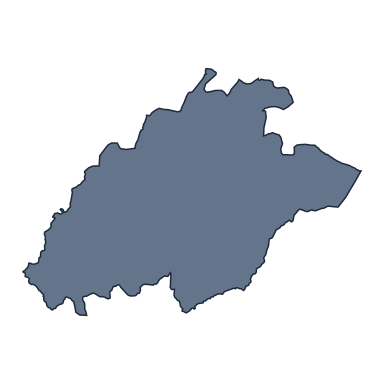 Irumu, Orientale, Democratic Republic of the Congo (Albers equal-area conic projection)
{"feature_id": "63176286B75372177576839", "entity_name": "Irumu", "entity_type": "district", "adm_level": 2, "iso_a3": "COD", "parent_name": "Democratic Republic of the Congo", "parent_adm1": "Orientale", "projection": "albers", "projection_center": [29.863, 1.267], "detail": "fine", "context": "isolated", "style": "filled", "palette": "slate", "viewbox_px": 384, "rotation_deg": 0, "n_neighbors": 0, "source": "geoboundaries", "source_scale": "gbopen_adm2", "svg_char_len": 5778}
<svg xmlns="http://www.w3.org/2000/svg" viewBox="0 0 384 384"><path d="M283.4,109.5L288.0,106.9L293.2,102.3L291.2,96.1L289.1,93.6L288.3,90.1L286.9,88.8L284.4,87.4L281.2,87.6L278.2,88.0L276.1,87.8L273.6,86.1L272.7,82.0L269.8,80.4L267.2,80.2L263.9,80.0L262.9,79.7L261.3,79.2L260.3,80.0L259.1,80.4L258.5,79.9L258.4,78.5L254.6,80.9L252.2,82.8L249.8,83.8L247.4,84.0L243.5,82.8L241.9,81.4L239.0,79.5L237.9,81.8L231.1,89.6L229.6,93.1L227.1,95.8L224.0,92.0L221.5,90.4L215.7,90.4L210.2,91.7L206.4,92.3L203.9,89.4L205.7,83.8L216.0,74.6L216.1,72.5L213.9,71.1L211.5,69.2L206.2,68.6L205.6,69.6L205.5,72.8L206.2,74.1L206.0,74.3L204.6,74.6L204.2,76.4L202.4,79.2L202.0,79.8L192.8,91.4L191.5,92.3L189.3,92.4L189.0,92.6L188.3,93.2L186.1,97.0L185.7,98.9L184.9,100.1L184.7,101.3L183.1,104.6L181.5,108.1L180.9,110.7L178.0,111.9L173.4,110.9L167.7,109.6L164.1,109.5L159.2,108.3L155.8,110.0L152.1,112.6L150.0,115.4L149.0,115.7L146.6,115.2L146.6,116.8L146.5,117.3L144.6,122.9L143.4,124.4L143.7,125.5L142.7,127.2L143.0,129.0L142.6,129.5L141.0,130.2L140.9,131.4L140.1,131.9L138.0,139.6L136.0,143.4L135.1,146.4L135.1,147.5L135.3,148.2L127.7,149.3L124.6,149.4L123.8,148.9L122.1,149.1L120.4,148.3L119.7,147.7L117.3,143.1L111.6,143.0L109.2,144.3L108.3,144.8L106.7,146.6L99.8,155.7L99.1,165.9L92.7,166.1L88.9,167.7L84.6,171.4L84.5,172.1L85.5,174.1L84.5,176.8L84.9,179.5L82.0,182.2L80.4,184.4L78.6,185.1L76.2,187.1L73.9,188.0L72.3,188.7L72.0,189.5L71.8,190.1L72.4,192.3L70.9,201.2L70.8,201.4L70.4,202.4L70.1,204.9L70.1,205.1L70.5,206.8L68.0,209.3L67.0,211.3L64.2,212.4L63.9,211.7L63.1,209.7L62.1,208.9L60.7,208.9L60.2,209.6L62.8,212.4L62.2,213.2L60.2,214.2L57.7,212.9L54.7,213.6L52.8,216.7L52.9,217.4L54.7,217.6L55.1,218.2L52.3,221.9L51.1,223.2L50.8,224.5L51.2,226.2L50.2,228.1L48.4,229.8L44.7,232.1L44.4,233.6L44.3,233.8L45.4,237.1L45.1,239.7L45.2,240.0L45.7,241.3L45.4,243.9L44.5,245.5L44.8,249.4L44.8,249.6L44.2,250.4L42.5,250.7L41.2,251.5L40.7,253.0L40.6,254.8L40.5,256.7L39.0,257.9L38.8,260.3L38.5,262.1L38.1,262.7L35.2,264.0L32.1,264.1L29.7,263.0L29.0,263.2L28.7,263.7L28.3,266.4L25.2,270.1L24.9,270.5L24.0,270.8L23.0,271.8L23.3,272.2L25.0,272.9L25.5,274.2L25.1,275.9L25.3,276.6L27.9,277.4L28.9,278.2L29.3,279.3L28.7,281.1L29.1,282.9L31.1,284.4L33.3,284.4L35.2,285.4L36.8,287.0L37.5,288.1L39.1,290.6L40.7,291.3L41.5,292.9L43.3,294.2L43.6,294.8L43.1,296.2L44.1,297.3L43.6,298.9L44.1,300.9L46.1,302.4L47.0,305.9L48.4,307.6L50.4,308.2L51.1,309.5L52.6,309.9L53.9,308.6L55.5,308.4L56.6,306.5L59.1,304.7L62.3,303.7L63.0,302.9L63.6,300.3L64.8,299.1L65.6,297.4L66.4,296.9L70.9,298.8L72.4,300.9L73.6,301.6L75.0,307.2L75.8,312.2L79.7,315.0L82.7,315.1L86.7,315.4L85.8,311.7L85.6,310.9L84.7,309.1L84.8,305.8L84.5,302.8L82.8,300.3L82.6,298.5L83.1,296.7L84.6,296.4L86.9,296.1L89.5,294.6L92.7,293.2L94.4,293.5L95.9,294.2L99.4,296.5L100.7,296.8L103.1,296.7L105.1,297.4L106.6,298.4L107.9,298.7L109.0,298.7L110.1,298.0L110.2,296.1L109.8,293.5L110.1,291.4L111.8,290.3L112.5,287.9L113.6,286.4L115.6,286.3L118.3,284.7L119.5,285.1L120.8,287.3L125.9,292.9L127.8,294.9L130.0,295.9L132.5,296.0L135.7,295.6L137.9,293.3L139.4,293.2L140.5,290.0L140.1,287.5L141.5,286.2L142.2,285.4L143.3,284.6L145.1,284.3L149.7,284.6L151.3,284.9L153.3,285.1L154.1,284.2L156.6,284.0L158.0,282.1L158.9,280.4L160.2,278.8L161.3,278.4L162.4,277.3L164.5,276.0L165.8,276.2L167.9,276.4L168.8,275.0L170.4,272.7L170.8,273.7L170.8,278.8L170.5,280.1L170.6,283.2L170.2,287.4L171.4,289.3L172.3,289.6L174.0,289.1L174.5,289.7L174.0,295.3L175.0,297.6L175.9,298.3L177.3,300.2L179.2,301.2L180.1,303.6L180.4,306.2L182.7,309.0L182.2,309.7L182.2,311.2L183.2,311.3L185.7,312.7L186.5,312.8L189.8,310.7L192.0,308.1L193.2,308.2L194.3,309.1L195.2,308.3L194.8,306.6L195.3,306.1L197.1,304.3L198.5,303.5L202.2,303.0L202.8,302.9L203.3,302.6L203.2,301.7L203.9,301.1L205.9,300.8L206.2,299.9L206.5,299.8L206.9,299.7L208.2,298.7L208.5,298.5L209.1,298.5L210.3,298.6L211.1,297.2L211.4,296.6L212.7,296.8L213.2,296.9L213.5,296.5L214.4,295.4L215.6,295.2L217.7,294.1L219.4,293.8L222.6,294.2L223.7,292.5L225.0,291.3L231.1,289.2L233.2,288.4L233.6,288.4L234.7,288.3L235.1,288.6L235.4,288.8L236.3,287.8L236.9,287.8L237.5,287.8L237.9,287.9L239.6,288.6L239.9,288.7L241.5,288.9L242.2,289.5L243.5,290.5L244.6,289.5L246.0,286.1L247.8,285.7L248.7,285.1L249.2,283.4L250.5,282.6L251.0,281.6L250.5,279.3L250.9,277.7L252.2,275.1L253.5,274.0L254.9,273.9L255.6,273.3L256.3,272.0L256.4,269.2L257.1,268.3L259.7,267.1L260.7,266.2L261.5,264.7L264.1,262.2L264.6,260.9L263.7,258.2L264.5,256.3L265.0,255.8L265.9,254.1L266.9,249.9L267.7,247.9L268.5,245.8L268.5,245.3L269.1,240.1L269.6,238.8L270.1,238.5L271.5,238.3L272.6,237.3L276.1,230.0L279.7,227.9L281.1,226.0L283.9,224.8L285.3,222.8L285.9,222.4L287.3,221.7L288.8,220.4L289.7,220.4L291.2,221.8L292.0,221.7L293.0,220.7L294.0,215.4L298.7,209.9L299.8,209.1L306.6,211.6L308.2,211.4L309.1,211.0L310.5,210.3L311.5,209.9L313.3,210.4L314.3,210.7L315.8,210.7L321.3,208.6L324.4,208.0L327.1,206.5L328.2,206.2L335.7,206.9L338.0,207.1L345.7,197.3L350.5,189.2L355.5,180.8L361.0,170.9L359.6,170.9L356.2,169.2L354.8,168.1L351.1,166.5L349.9,165.7L346.6,164.6L344.7,164.1L341.7,163.2L339.2,161.9L337.1,161.0L334.7,159.5L333.5,158.8L332.2,157.7L330.8,156.9L329.7,156.3L328.8,155.5L327.1,154.3L325.2,154.5L324.8,153.3L322.3,152.0L319.9,150.0L318.3,148.0L316.3,146.7L315.0,145.3L310.3,145.1L305.3,144.3L303.7,144.5L301.4,144.5L296.8,145.1L294.2,147.2L294.4,151.6L294.2,154.1L292.0,155.1L286.0,154.7L283.1,154.8L281.5,153.3L280.7,149.0L282.5,143.7L280.8,137.3L278.9,134.8L277.5,134.5L276.0,134.1L274.4,133.5L272.5,132.6L270.4,133.6L268.4,133.8L266.2,135.1L263.4,135.9L263.8,133.1L263.8,130.8L263.9,127.8L266.2,117.7L265.5,111.2L263.5,110.7L262.8,110.6L265.0,108.3L266.9,107.8L270.8,106.8L275.4,106.6L279.3,107.6L283.4,109.5Z" fill="#64748b" stroke="#1e293b" stroke-width="1.5"/></svg>